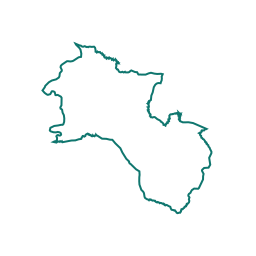 the district of Kut Bak, Sakon Nakhon, Thailand, rotated 45°
{"feature_id": "78962969B73602858262126", "entity_name": "Kut Bak", "entity_type": "district", "adm_level": 2, "iso_a3": "THA", "parent_name": "Thailand", "parent_adm1": "Sakon Nakhon", "projection": "orthographic", "projection_center": [103.812, 17.077], "detail": "fine", "context": "isolated", "style": "outline", "palette": "teal", "viewbox_px": 256, "rotation_deg": 45, "n_neighbors": 0, "source": "geoboundaries", "source_scale": "gbopen_adm2", "svg_char_len": 5700}
<svg xmlns="http://www.w3.org/2000/svg" viewBox="0 0 256 256"><g transform="rotate(45 128 128)"><path d="M85.1,190.6L87.7,188.9L87.9,187.2L88.6,186.7L88.8,186.1L89.5,186.0L89.4,185.6L89.6,185.1L90.7,184.7L90.7,184.1L91.7,184.4L96.8,176.9L99.5,174.0L101.2,170.7L102.6,168.9L102.6,168.4L101.9,167.5L102.0,166.6L101.6,165.7L101.8,165.4L103.2,165.0L103.5,163.9L103.0,163.3L102.9,162.3L103.4,160.5L104.3,160.1L104.8,160.5L105.1,160.0L105.5,160.1L106.1,159.6L106.3,159.9L107.5,159.2L107.6,159.5L107.9,159.5L108.1,158.6L108.5,158.6L108.4,158.3L108.9,158.5L109.3,157.9L110.2,157.5L110.2,157.1L109.8,156.9L110.5,155.8L110.2,155.4L111.1,155.5L111.7,155.1L117.2,153.9L120.3,151.0L123.5,149.0L125.3,147.4L129.9,147.8L136.9,147.7L141.3,149.3L148.6,151.0L152.4,150.9L152.6,151.3L154.2,151.9L155.3,151.6L162.9,151.5L166.7,150.6L169.4,153.0L170.7,154.7L173.7,157.8L176.1,159.9L181.1,162.3L183.8,162.3L185.4,162.8L188.4,165.0L189.7,165.4L191.9,164.9L192.6,164.4L193.7,164.3L193.6,164.1L194.2,163.4L194.0,162.9L194.8,162.4L195.2,162.6L196.8,161.9L196.8,161.6L198.5,160.4L198.8,160.6L199.1,160.4L199.7,160.6L201.2,160.1L201.2,159.4L202.3,158.8L203.6,158.8L203.9,158.0L204.8,157.4L205.5,157.3L206.1,156.7L206.8,156.9L207.2,156.6L207.1,156.2L207.8,156.1L208.4,156.6L209.1,156.4L209.6,155.2L210.2,154.9L211.9,154.5L213.6,153.8L215.3,154.7L216.6,155.0L219.2,153.2L219.4,153.5L219.9,153.2L221.2,153.2L222.2,153.5L223.1,153.3L223.8,152.3L224.1,151.4L224.7,151.1L224.5,149.6L223.9,149.0L223.2,147.6L223.5,147.2L223.9,147.2L224.1,146.7L223.9,145.6L224.2,144.7L223.7,143.7L224.2,143.0L223.9,142.2L224.3,142.0L223.8,141.0L223.9,140.8L223.2,140.1L223.3,139.7L223.8,139.6L223.7,137.5L222.9,136.2L221.5,135.4L220.5,133.6L218.6,133.3L218.0,132.6L217.7,131.6L218.0,129.6L217.4,128.1L217.1,126.7L217.6,124.1L220.6,121.3L220.6,120.3L217.4,111.3L215.2,109.0L213.9,107.0L210.7,106.0L210.2,105.6L210.0,105.0L210.1,102.4L213.0,99.1L212.1,95.8L206.5,91.7L204.8,86.9L203.8,85.8L200.5,84.7L199.6,84.2L198.0,84.2L196.9,83.4L195.5,83.7L194.9,83.2L194.3,83.6L193.4,82.8L192.3,83.3L191.7,82.8L190.4,82.6L189.6,82.5L189.2,82.6L188.6,82.9L187.6,82.6L186.7,83.0L185.2,81.8L184.4,82.1L183.8,81.9L183.1,81.1L181.9,81.4L182.2,80.2L182.8,79.8L182.6,79.2L182.7,78.4L181.9,77.9L181.9,77.4L183.5,76.0L183.3,74.3L184.0,73.8L184.2,73.1L170.5,78.5L166.8,81.1L162.8,85.2L159.9,86.4L157.9,85.9L157.9,85.4L158.4,85.2L157.9,84.9L157.8,84.3L157.5,84.3L157.1,83.5L156.8,83.9L156.7,83.5L156.2,83.8L155.7,83.5L156.1,83.3L155.2,82.4L155.8,82.0L155.5,81.3L155.9,81.0L155.4,80.7L155.3,81.0L154.8,81.2L154.8,80.7L154.2,81.3L152.9,81.3L153.4,81.6L153.5,82.3L153.2,82.3L153.3,82.5L153.0,82.3L153.0,82.9L152.3,82.8L152.2,83.3L151.6,83.4L151.5,84.2L150.9,84.4L149.9,86.5L149.4,86.8L149.3,87.4L148.4,88.3L148.3,88.8L148.6,90.2L149.3,90.6L149.7,91.3L150.8,91.6L151.0,92.2L150.8,92.5L151.2,92.8L151.3,93.3L151.0,93.5L151.3,93.6L151.3,94.1L152.2,94.4L152.0,94.8L151.8,94.7L152.1,95.3L151.9,95.8L152.3,96.2L151.8,96.4L152.2,97.0L151.9,97.5L152.0,98.2L152.3,98.3L152.5,99.4L153.1,99.7L153.5,99.5L153.1,99.9L151.8,99.5L151.3,100.4L150.9,100.7L149.8,99.9L148.0,99.9L146.7,100.3L146.2,100.0L144.8,100.2L142.5,101.0L139.5,101.3L138.7,101.8L137.8,103.4L137.1,103.6L136.6,104.2L135.8,104.1L135.4,103.6L134.9,103.8L134.5,102.6L134.0,102.4L132.8,102.7L132.1,102.1L131.3,102.1L131.1,101.6L129.9,101.8L129.5,101.5L129.8,101.3L129.7,100.7L129.9,100.6L129.7,100.3L128.4,99.8L128.0,99.0L127.4,99.1L127.6,98.7L127.3,98.2L127.5,98.0L126.5,97.2L125.9,97.1L125.6,96.5L124.8,96.7L124.9,96.4L124.6,96.4L124.6,96.1L124.1,95.5L124.0,95.1L124.3,95.2L124.3,94.7L124.7,94.6L124.4,93.8L124.1,94.0L123.9,93.6L124.4,92.0L121.6,88.6L120.3,85.4L117.4,80.9L116.7,78.2L116.8,76.6L117.1,75.7L117.8,74.6L119.4,73.3L118.7,72.0L118.1,70.5L116.7,68.8L115.5,67.9L114.5,65.4L113.0,66.3L110.5,69.1L108.2,70.9L105.2,72.7L104.0,74.7L102.7,77.8L97.7,82.7L97.4,82.8L95.0,82.1L93.3,83.5L89.6,85.0L89.3,86.5L89.4,87.3L88.8,88.6L86.7,90.6L86.1,90.4L85.5,91.9L84.3,92.2L83.6,93.6L82.6,94.3L81.8,94.5L79.6,93.8L79.1,93.9L78.8,94.3L77.0,94.1L75.8,92.2L74.5,91.3L74.1,90.6L74.3,89.9L74.7,89.9L75.4,89.2L75.0,89.2L75.1,88.8L74.6,89.0L74.3,88.6L74.0,89.0L73.9,88.8L72.6,89.1L72.2,88.8L72.2,88.4L70.8,88.3L71.0,88.6L70.5,88.7L70.2,89.2L70.1,90.2L69.3,90.0L69.2,90.3L68.6,90.1L68.4,90.7L68.2,90.4L68.1,90.9L67.1,90.7L66.2,91.0L65.9,91.7L65.5,91.4L64.9,91.5L64.9,91.9L64.7,91.7L64.1,92.6L64.3,92.7L64.0,93.1L63.9,93.6L63.7,93.4L63.3,93.4L63.2,93.8L62.9,93.6L62.8,94.0L61.3,94.3L61.3,94.6L60.6,94.4L60.4,94.0L60.0,94.0L59.9,93.7L59.7,93.9L59.0,93.6L58.3,93.6L58.2,93.9L58.0,93.7L57.7,94.1L56.9,93.7L56.9,94.0L55.8,94.4L54.5,94.1L54.0,94.9L53.6,94.9L53.0,95.8L52.7,95.8L52.6,96.3L52.1,95.9L51.8,96.7L51.1,97.0L49.9,95.8L48.4,94.8L47.8,94.5L46.5,94.5L44.9,96.4L43.5,97.4L42.8,98.3L42.7,99.0L41.6,99.6L41.3,100.2L39.6,100.7L38.7,102.4L37.6,103.0L36.4,103.1L35.5,103.8L31.3,105.5L32.3,105.8L37.1,105.8L39.0,106.2L42.4,108.4L44.5,110.9L43.1,112.9L41.8,119.1L41.3,120.2L40.2,121.7L38.2,123.3L37.6,124.0L36.5,129.7L36.5,131.4L37.3,132.7L40.2,133.8L40.8,134.5L41.0,137.4L42.9,139.8L43.4,141.2L42.8,144.4L40.6,148.2L39.7,151.6L39.7,156.7L40.3,157.9L41.0,161.9L44.2,162.1L46.8,161.7L47.9,161.2L49.1,159.0L48.2,156.0L48.5,155.5L49.6,154.7L50.9,154.5L53.4,156.0L53.8,155.8L54.9,154.3L58.4,153.3L59.7,153.6L64.9,159.0L65.6,161.3L66.7,162.0L67.5,161.7L68.5,161.7L70.9,163.4L73.6,164.3L76.2,166.3L78.5,168.8L79.6,171.1L79.5,172.0L78.4,173.1L76.8,175.6L74.4,178.7L73.0,182.7L74.3,184.9L74.9,185.1L75.8,185.0L78.3,183.7L80.0,182.2L81.2,180.4L82.8,179.4L84.1,179.2L85.2,179.8L85.5,180.5L85.3,181.4L84.7,182.0L83.4,182.5L83.0,183.7L83.2,184.5L84.9,185.2L86.2,186.7L86.3,188.6L85.5,189.4L85.1,190.6Z" fill="none" stroke="#0f766e" stroke-width="2"/></g></svg>